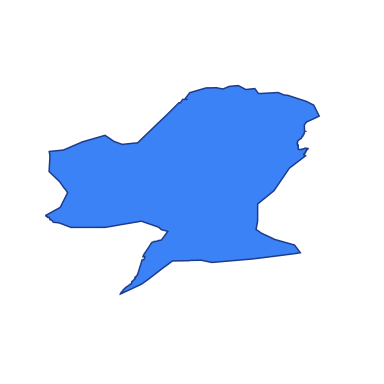 the district of Dovre nor, Oppland, Norway, rotated 160°
{"feature_id": "86288312B94593147545538", "entity_name": "Dovre nor", "entity_type": "district", "adm_level": 2, "iso_a3": "NOR", "parent_name": "Norway", "parent_adm1": "Oppland", "projection": "robinson", "projection_center": [9.548, 62.115], "detail": "fine", "context": "isolated", "style": "filled", "palette": "blue", "viewbox_px": 384, "rotation_deg": 160, "n_neighbors": 0, "source": "geoboundaries", "source_scale": "gbopen_adm2", "svg_char_len": 4642}
<svg xmlns="http://www.w3.org/2000/svg" viewBox="0 0 384 384"><g transform="rotate(160 192 192)"><path d="M294.3,120.6L270.8,122.7L262.6,125.0L244.2,130.9L242.1,131.4L234.0,133.9L218.0,128.4L216.7,128.2L206.6,124.7L197.6,119.1L196.7,118.8L157.7,108.3L131.9,102.4L114.5,98.5L112.5,98.2L111.0,97.9L113.8,107.1L130.3,119.0L140.8,129.5L144.6,134.9L140.3,142.2L134.4,158.3L114.5,165.2L92.4,181.1L73.2,187.1L73.9,187.5L74.0,187.6L74.0,187.8L73.7,188.0L74.0,188.5L73.9,188.8L73.7,188.9L73.5,189.0L73.3,189.1L73.6,189.3L73.7,189.5L73.4,189.7L72.9,189.9L72.5,190.0L72.3,190.2L72.0,190.5L71.8,190.6L71.6,190.6L71.6,190.8L71.1,191.0L71.0,191.3L71.1,191.5L70.6,191.8L70.3,191.8L70.2,191.9L70.2,192.0L69.9,192.2L69.9,192.3L70.0,192.4L70.0,192.5L69.8,192.5L69.7,192.5L69.4,192.5L69.2,192.6L68.8,192.5L68.7,192.5L68.7,192.8L68.8,193.1L68.7,193.2L68.3,193.3L68.5,193.5L69.2,193.8L69.7,194.0L70.6,194.5L70.9,194.6L71.3,194.5L71.5,194.5L71.9,194.4L72.7,194.5L72.9,194.5L73.5,194.4L73.8,194.4L74.0,194.4L74.2,194.7L74.4,194.8L74.6,194.8L75.7,194.8L76.0,194.8L76.3,194.9L76.4,195.0L76.5,195.2L76.7,195.4L77.5,195.9L77.6,196.0L77.5,196.3L77.3,196.6L77.3,196.8L77.2,197.0L76.8,197.7L76.7,197.8L76.7,198.1L76.9,198.6L76.5,199.0L76.4,199.2L76.1,199.6L76.1,199.8L76.2,200.0L76.3,200.0L76.7,200.0L76.8,200.1L76.9,200.3L76.7,200.6L76.5,201.2L76.5,201.4L76.6,201.6L76.5,201.8L76.2,201.9L76.1,202.0L76.3,202.3L76.2,202.5L75.9,202.8L75.7,202.9L75.6,203.0L75.3,203.4L75.0,203.9L74.8,204.0L74.6,204.1L74.1,204.3L73.5,204.4L72.1,204.8L70.9,205.1L70.8,205.3L70.7,205.4L70.6,205.5L70.4,205.7L70.3,205.8L69.7,206.1L69.4,206.3L69.2,206.4L68.8,206.6L68.6,206.7L68.6,206.9L68.6,207.0L68.5,207.3L68.4,207.4L68.1,207.6L67.6,207.6L67.2,207.8L67.1,208.0L67.1,208.3L66.6,208.8L66.4,208.9L66.2,209.0L65.5,210.7L65.4,210.5L65.0,210.3L64.8,210.3L65.2,210.7L65.3,210.8L65.3,211.1L63.5,216.6L61.5,218.0L60.4,218.6L46.5,219.8L47.9,232.0L53.6,238.1L64.9,246.9L68.8,250.0L72.4,251.7L77.0,256.0L95.5,261.6L96.1,262.4L96.2,262.8L97.6,267.7L106.4,269.9L112.0,276.1L115.5,277.1L121.0,278.5L127.7,278.2L130.7,280.0L133.5,281.7L137.5,283.0L143.2,285.0L152.5,285.6L160.1,286.1L167.0,281.7L165.9,281.4L165.7,281.3L165.5,281.2L165.4,281.0L165.5,281.0L165.6,280.9L166.9,281.5L167.4,281.6L168.5,281.9L169.1,282.2L170.9,280.9L172.8,279.7L173.7,280.4L176.6,279.0L188.9,273.3L204.0,266.7L226.3,256.8L231.3,258.1L241.3,260.6L248.0,266.2L254.2,274.8L254.4,275.0L277.8,276.6L298.4,275.4L312.3,278.9L313.2,274.3L319.3,260.1L312.9,247.1L310.8,239.4L309.9,237.2L309.2,233.8L321.1,222.6L337.1,220.1L337.1,219.9L337.3,219.8L337.5,219.7L337.5,219.4L337.3,219.2L337.2,219.0L337.1,218.9L336.9,218.7L336.7,218.6L336.4,218.5L336.4,218.4L336.2,218.1L336.2,217.9L336.4,217.8L336.4,217.6L336.2,217.3L336.0,217.2L335.9,217.1L335.3,217.1L335.2,217.0L334.9,217.0L334.9,216.9L334.9,216.7L334.8,216.4L334.8,216.1L334.7,215.9L334.7,215.7L334.7,215.3L334.9,215.2L334.9,214.8L334.8,214.7L334.8,214.4L334.4,214.3L334.3,214.2L334.1,214.1L333.8,213.8L333.8,213.7L333.6,213.6L332.8,212.0L333.0,211.8L332.9,211.5L332.5,211.0L332.2,210.8L331.5,210.4L331.4,210.4L331.1,210.2L330.7,210.1L330.4,209.9L329.9,209.7L329.5,209.4L329.3,209.4L329.0,209.3L328.8,209.2L328.6,209.2L328.4,209.0L328.0,208.9L327.9,208.8L327.9,208.7L327.7,208.7L327.4,208.4L317.8,200.1L285.8,188.5L276.7,186.8L270.8,185.8L249.6,181.9L235.3,170.3L233.6,167.0L229.1,164.0L228.3,163.2L237.2,157.3L237.7,157.4L238.8,157.6L239.0,157.6L239.4,157.6L239.5,157.6L239.9,157.9L240.0,157.9L240.6,157.9L241.0,157.7L241.4,157.7L241.9,157.8L242.6,157.9L242.8,157.9L243.6,158.2L244.0,158.4L244.5,158.4L244.8,158.3L245.3,158.2L245.6,158.2L246.1,158.3L246.7,158.3L246.9,158.2L247.3,158.1L248.9,157.0L248.9,156.9L249.0,156.8L258.9,149.5L260.2,148.0L259.2,147.7L258.4,147.4L259.6,145.8L260.4,144.8L262.1,145.3L266.2,139.8L266.7,139.2L271.5,132.9L272.0,132.8L272.1,132.6L272.3,132.4L272.4,132.2L272.5,132.0L273.1,131.7L273.4,131.7L273.5,131.8L273.8,131.8L273.9,131.7L274.1,131.6L274.3,131.4L274.4,131.5L274.6,131.4L274.6,131.2L274.8,131.1L274.8,130.9L274.9,130.6L274.9,130.0L275.5,129.9L275.8,129.9L275.9,129.7L276.1,129.6L277.2,129.1L277.6,129.0L277.8,128.9L277.9,128.7L278.1,128.5L279.0,128.4L279.3,128.3L279.5,127.9L279.7,127.4L279.9,127.2L280.0,126.9L280.2,126.6L280.6,126.6L280.7,126.4L281.1,126.2L281.3,126.2L281.7,126.4L281.8,126.2L282.3,125.9L282.5,126.0L283.3,125.9L283.6,125.8L283.9,125.7L284.2,125.6L285.1,125.4L285.5,125.4L286.5,125.0L287.0,124.9L288.0,124.5L288.3,124.2L288.9,124.0L289.4,123.9L290.1,123.6L290.5,123.1L290.8,122.7L292.0,122.4L292.5,122.1L293.2,121.6L293.4,121.2L293.9,121.0L294.2,120.8L294.3,120.6Z" fill="#3b82f6" stroke="#1e3a8a" stroke-width="1.5"/></g></svg>